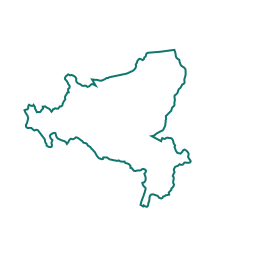 outline of Santa Luzia, Bahia, Brazil, rotated 325°
{"feature_id": "56859067B43041247396885", "entity_name": "Santa Luzia", "entity_type": "district", "adm_level": 2, "iso_a3": "BRA", "parent_name": "Brazil", "parent_adm1": "Bahia", "projection": "equal_earth", "projection_center": [-39.272, -15.469], "detail": "fine", "context": "isolated", "style": "outline", "palette": "teal", "viewbox_px": 256, "rotation_deg": 325, "n_neighbors": 0, "source": "geoboundaries", "source_scale": "gbopen_adm2", "svg_char_len": 4643}
<svg xmlns="http://www.w3.org/2000/svg" viewBox="0 0 256 256"><g transform="rotate(325 128 128)"><path d="M46.2,66.9L45.2,68.4L45.6,70.4L47.7,71.6L48.9,72.6L49.2,74.5L49.9,76.4L51.7,76.7L52.9,78.1L53.0,80.4L53.2,86.5L53.3,88.5L53.2,89.9L52.5,91.1L52.0,92.6L52.0,94.4L51.2,95.8L52.2,98.0L53.4,99.2L54.8,99.5L56.0,98.4L56.4,97.0L57.2,95.8L58.2,95.3L59.2,94.6L58.7,92.2L59.4,89.7L60.8,89.0L62.0,89.2L63.0,89.1L64.7,89.6L65.6,90.5L65.2,91.8L64.6,93.2L64.3,94.6L64.5,96.6L65.4,98.0L66.0,99.1L66.9,100.5L68.2,102.0L69.0,103.9L68.8,106.0L70.8,105.4L72.4,104.5L73.8,104.1L75.0,104.0L76.4,105.6L78.1,106.0L79.8,105.7L80.9,106.7L81.5,108.0L82.1,109.8L82.4,111.1L83.0,112.2L83.1,114.5L84.8,116.3L85.3,117.8L85.0,119.5L86.2,121.7L86.2,124.0L86.6,125.4L86.7,126.9L87.0,129.1L86.7,131.0L86.6,132.6L86.6,134.5L86.9,136.2L87.7,137.2L88.5,138.4L89.6,139.0L90.9,137.9L92.5,139.1L94.1,140.3L94.5,142.1L95.3,143.6L96.4,144.6L97.7,146.1L99.3,147.7L100.5,148.9L101.8,149.2L102.3,150.6L103.4,151.8L104.7,152.8L105.9,153.5L105.7,155.1L107.3,156.9L108.1,158.4L108.3,160.5L107.1,162.0L108.1,163.0L108.1,164.6L108.3,166.5L109.4,167.5L110.8,168.0L112.2,168.7L113.3,169.6L114.4,169.9L115.7,169.8L116.9,170.2L118.0,171.5L118.3,173.5L116.8,174.4L115.1,174.9L114.4,177.8L113.3,179.9L111.9,181.2L110.1,181.8L108.3,181.1L107.6,182.9L107.5,184.9L108.0,186.9L107.3,188.3L105.7,189.4L104.6,190.5L103.2,191.3L102.0,192.4L100.1,193.6L98.8,194.5L97.5,195.4L96.6,196.1L95.4,197.1L94.2,198.1L95.4,200.9L96.5,200.4L97.1,202.1L98.3,203.4L99.5,203.2L100.7,202.3L101.8,201.0L102.7,200.6L103.9,199.5L104.7,198.7L105.8,197.2L107.3,196.0L109.1,195.9L110.7,196.9L111.9,198.6L113.4,200.6L113.5,203.1L114.8,204.8L116.3,205.0L117.5,204.3L118.9,204.8L120.5,204.8L121.7,205.5L123.5,206.2L124.3,204.3L125.7,203.9L127.9,203.6L128.9,202.4L130.3,202.3L131.4,201.9L132.4,201.5L133.3,200.6L133.5,198.9L134.9,197.1L136.2,196.0L137.2,194.5L137.1,193.0L138.2,192.3L139.2,191.6L140.8,190.9L141.3,188.9L142.2,187.9L143.3,187.4L144.3,186.9L145.6,187.1L147.1,187.6L148.1,187.5L149.5,187.3L150.5,188.8L151.8,189.4L153.2,189.1L154.4,188.7L155.4,189.3L156.2,190.2L157.4,191.1L159.2,191.8L160.3,191.2L160.5,189.7L160.4,188.1L160.7,185.9L162.1,184.9L163.0,183.7L163.1,181.4L162.5,179.1L161.8,178.0L160.2,177.9L158.9,178.6L157.9,178.8L156.4,179.1L155.2,177.9L154.1,176.4L154.2,174.1L154.7,172.2L155.2,170.2L156.5,169.5L156.6,167.2L157.0,165.7L157.8,163.9L157.8,161.9L157.1,160.6L156.0,159.9L154.9,158.6L153.6,158.1L151.9,158.1L151.1,157.3L150.3,155.9L148.9,156.7L147.6,157.8L142.8,148.3L144.2,148.9L145.7,149.2L147.7,148.9L149.4,149.0L150.6,149.2L152.2,149.3L153.8,149.7L154.9,149.8L156.2,149.5L157.7,148.6L158.9,148.0L160.5,146.8L161.2,145.7L162.1,144.9L163.2,143.4L164.5,142.4L165.1,141.1L165.9,139.9L167.6,139.7L169.0,139.4L170.3,139.2L171.8,138.9L173.3,138.7L174.7,137.5L175.9,136.6L177.0,136.4L178.0,136.4L179.3,135.8L180.2,134.2L181.5,132.9L182.6,131.8L183.8,129.3L184.9,128.1L186.3,128.1L188.2,127.8L189.4,127.1L190.5,126.2L191.7,125.4L192.9,125.2L193.9,125.2L195.5,124.5L197.3,123.5L198.8,123.8L200.0,123.5L200.8,122.7L201.4,121.4L202.3,120.2L203.4,119.4L204.7,118.4L205.7,117.4L206.7,116.1L208.1,114.0L208.8,112.7L208.6,110.6L207.6,108.3L207.3,107.0L207.7,105.2L208.1,103.7L209.1,101.5L208.2,99.5L208.0,97.9L208.5,96.3L209.6,94.4L210.1,93.0L210.8,90.6L199.0,84.5L195.6,82.6L187.5,77.8L186.1,77.6L184.7,78.5L183.4,79.6L181.8,79.6L180.5,80.7L179.0,80.8L178.1,79.1L177.0,77.8L175.4,78.1L173.9,78.6L172.7,79.7L171.6,80.1L170.7,80.5L170.1,82.0L168.7,83.1L167.5,83.5L166.5,83.8L165.3,83.9L163.9,83.8L158.1,82.7L141.5,75.6L140.4,75.6L139.2,74.8L137.5,74.8L136.4,74.6L134.5,74.3L133.2,73.9L132.0,73.0L131.1,71.8L130.3,70.8L128.9,69.9L127.5,68.6L126.4,67.6L125.8,74.7L124.8,72.8L123.8,71.3L122.0,71.3L120.2,71.6L118.4,71.1L117.6,68.9L116.0,68.2L114.7,67.1L114.2,65.4L113.5,63.9L112.6,62.7L112.3,60.7L112.9,59.0L113.9,58.1L114.1,55.8L113.0,53.3L112.1,52.1L110.8,51.7L109.8,49.8L106.8,50.0L105.3,50.7L104.5,51.6L104.6,53.0L104.8,54.6L104.6,56.3L104.3,57.6L104.3,60.2L103.0,61.6L101.4,61.7L100.2,63.3L99.9,64.8L98.5,64.2L97.2,65.1L95.6,65.6L94.0,66.6L93.1,68.5L92.1,69.0L91.0,69.2L90.0,69.8L88.4,70.6L87.3,71.8L85.7,72.0L84.4,71.2L83.5,71.6L82.0,72.1L80.8,71.4L79.7,70.1L78.4,70.0L77.2,69.7L76.2,70.4L74.7,70.8L74.7,69.0L74.5,67.1L73.7,65.7L73.1,64.5L72.5,62.7L71.3,62.3L70.4,61.6L69.6,63.3L68.5,63.5L67.4,63.7L66.2,64.3L64.9,64.5L63.9,63.6L62.4,62.8L62.8,60.7L62.9,59.1L63.8,57.1L63.9,54.9L62.8,55.3L61.7,54.6L60.9,53.5L60.3,52.2L58.9,52.8L57.6,54.6L56.3,55.1L55.0,54.4L53.4,54.1L52.9,56.3L52.8,58.3L52.7,60.4L52.1,62.4L51.3,63.3L49.7,64.6L48.0,66.1L46.2,66.9Z" fill="none" stroke="#0f766e" stroke-width="2"/></g></svg>